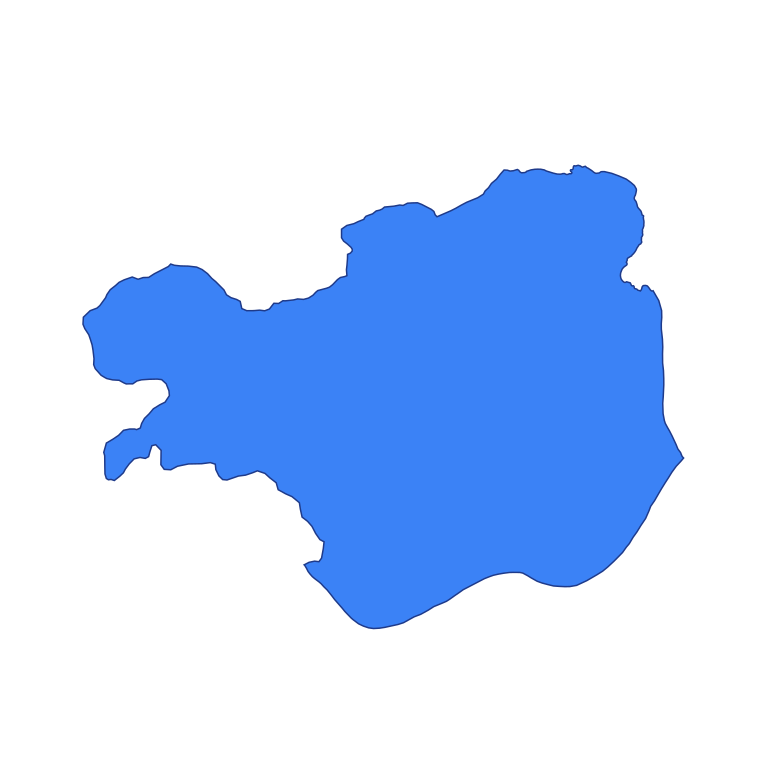 Pha Oudom, Bokeo, Laos, rotated 188°
{"feature_id": "54806243B51169476275365", "entity_name": "Pha Oudom", "entity_type": "district", "adm_level": 2, "iso_a3": "LAO", "parent_name": "Laos", "parent_adm1": "Bokeo", "projection": "natural_earth1", "projection_center": [100.874, 20.197], "detail": "fine", "context": "isolated", "style": "filled", "palette": "blue", "viewbox_px": 768, "rotation_deg": 188, "n_neighbors": 0, "source": "geoboundaries", "source_scale": "gbopen_adm2", "svg_char_len": 6142}
<svg xmlns="http://www.w3.org/2000/svg" viewBox="0 0 768 768"><g transform="rotate(188 384 384)"><path d="M637.6,250.9L632.8,255.9L629.7,259.8L628.3,263.7L625.2,269.4L621.0,275.1L615.4,277.3L610.0,277.1L607.0,279.3L606.4,284.2L605.3,290.6L601.6,292.1L595.5,287.3L593.7,273.0L589.8,268.9L583.2,269.4L577.1,273.8L566.5,277.6L553.4,279.7L545.0,282.0L539.9,281.1L538.6,275.8L534.7,270.0L530.5,266.9L526.1,267.1L515.3,272.6L508.4,274.5L501.6,277.9L497.3,280.4L489.4,278.9L484.0,275.2L477.0,271.2L474.1,264.6L466.2,261.6L459.5,259.7L451.3,254.7L449.3,248.1L446.6,240.8L440.6,237.4L435.5,233.0L430.9,226.5L425.8,221.0L421.4,219.4L421.2,212.4L421.6,202.9L423.7,199.0L428.1,198.9L433.4,197.0L437.9,193.8L437.2,193.3L435.1,190.7L433.1,187.8L431.0,185.7L428.2,183.3L425.7,181.7L421.0,179.1L418.5,177.5L415.4,174.9L411.6,172.1L406.5,167.3L402.9,163.7L394.2,156.2L391.1,153.3L383.7,147.5L381.6,146.2L375.8,143.0L370.7,141.4L365.3,140.4L360.3,140.4L354.4,141.6L349.4,143.1L336.7,147.8L331.5,150.3L321.8,157.6L315.5,161.1L308.7,166.2L303.7,170.5L296.5,174.7L291.9,177.5L289.0,180.0L284.5,184.3L279.8,188.6L277.0,191.3L273.2,194.0L257.5,205.2L253.1,207.7L249.1,209.8L244.1,211.7L239.1,213.3L233.6,214.8L230.1,215.4L223.3,216.3L220.3,216.1L214.9,214.1L211.3,212.5L204.9,210.0L199.7,208.9L194.0,208.2L188.0,207.6L182.1,208.0L176.6,208.5L171.7,209.3L165.2,211.4L155.8,217.5L146.4,224.9L141.4,229.1L137.0,233.9L131.7,240.4L127.0,246.7L124.3,250.4L121.3,256.2L118.9,260.0L116.0,266.9L113.0,272.6L110.0,279.5L106.2,287.3L103.9,295.5L102.9,300.0L99.8,306.2L96.7,313.9L94.6,319.0L91.9,325.1L89.3,330.7L86.7,336.6L83.2,343.2L79.2,348.9L77.0,352.4L78.4,353.5L79.1,354.4L80.8,357.4L83.9,360.5L86.4,364.8L91.4,372.5L94.7,377.2L97.3,380.5L100.0,384.2L101.3,386.9L103.5,393.5L105.3,403.7L105.7,410.1L106.8,422.0L107.7,428.2L109.1,436.1L111.0,443.5L112.4,452.8L113.1,459.4L114.5,467.1L117.0,476.9L117.8,482.3L118.2,488.5L119.3,495.3L123.5,504.8L130.5,513.8L130.9,513.5L131.7,513.4L132.2,513.5L132.7,513.8L133.7,514.6L134.5,515.6L136.2,517.2L136.7,517.6L137.3,517.9L138.8,518.0L139.8,517.8L140.7,517.6L141.2,517.3L141.6,516.6L141.9,516.0L142.1,514.0L142.3,513.3L142.6,512.6L143.1,511.8L143.9,512.0L145.5,512.2L145.9,512.3L146.8,513.1L147.3,513.2L149.0,513.4L149.3,513.7L149.6,514.2L149.9,515.3L150.2,515.7L150.6,515.9L150.9,516.0L151.3,515.8L151.9,515.7L152.2,515.8L152.6,516.0L153.3,517.0L154.1,518.3L154.4,518.5L156.4,518.7L157.9,519.0L159.1,518.2L159.8,518.1L160.5,518.2L161.8,519.0L163.4,520.5L164.0,521.4L164.4,522.3L165.0,524.3L165.1,526.4L165.0,527.5L164.7,528.8L164.2,530.8L163.2,532.5L162.4,533.5L160.4,535.4L160.1,535.9L160.0,536.4L160.0,536.8L160.6,538.0L161.0,538.3L160.9,538.7L160.4,540.3L160.5,540.8L160.5,541.9L160.3,542.2L160.1,542.6L157.2,545.0L156.7,545.2L156.2,546.4L155.7,547.0L155.1,547.7L153.9,549.8L153.1,551.6L152.5,553.7L151.4,556.0L150.7,557.5L149.3,558.5L148.5,560.4L149.2,562.3L149.2,563.5L149.5,565.1L149.0,565.9L148.5,567.6L148.7,568.5L149.1,569.4L149.2,571.2L149.6,572.8L149.1,574.4L148.7,576.9L148.9,577.9L149.1,580.5L149.5,582.2L149.8,582.8L150.4,585.1L150.3,586.5L150.8,586.9L151.9,587.3L153.1,590.1L153.9,591.3L155.9,593.0L157.0,594.0L157.4,594.5L157.8,595.2L158.4,596.9L159.7,599.6L160.2,600.2L160.9,600.8L161.9,602.1L162.1,602.8L162.0,603.9L161.9,604.7L161.4,605.8L161.1,608.4L161.0,610.8L161.1,611.5L161.4,612.4L163.7,615.4L167.7,618.0L172.6,620.6L180.4,622.7L187.7,624.3L195.4,625.0L198.4,624.5L198.9,624.2L199.9,623.2L200.3,622.9L202.7,622.3L203.4,622.1L204.0,622.2L205.6,622.8L207.9,624.2L210.0,625.2L211.9,626.1L213.3,626.5L214.9,627.6L216.2,627.1L217.2,626.5L217.4,626.4L218.1,626.5L218.8,626.7L219.6,627.1L220.1,627.3L222.0,627.6L222.4,627.5L224.5,626.6L225.9,626.6L226.2,626.5L226.5,626.2L226.7,625.5L226.7,623.4L227.0,622.8L227.2,622.5L228.6,622.2L228.9,622.1L229.1,621.8L229.1,621.2L228.6,620.5L227.8,620.1L227.5,619.8L227.4,619.5L227.4,619.1L227.5,618.7L228.1,618.2L229.5,618.1L229.8,618.0L230.8,617.3L231.4,617.1L232.6,616.9L233.2,617.0L234.1,617.4L234.3,617.5L234.8,617.5L236.4,617.2L237.3,616.7L238.7,616.3L239.6,616.2L241.8,616.0L245.9,616.4L252.8,617.5L255.1,618.3L258.8,618.5L261.9,618.1L264.6,617.6L268.2,616.5L272.5,614.4L273.0,613.5L274.0,613.0L277.0,612.3L278.0,612.5L279.2,613.2L280.3,614.4L281.8,615.0L285.6,613.2L288.8,612.4L291.6,612.9L294.9,612.6L297.9,608.1L301.1,602.5L305.5,597.6L307.8,592.9L310.7,589.3L312.0,585.8L317.1,581.5L327.5,575.4L332.5,571.8L337.4,568.0L342.0,564.8L354.8,557.0L356.9,558.7L358.6,561.8L361.4,563.5L371.7,567.1L376.0,568.1L381.5,567.2L385.9,566.3L389.9,563.5L393.4,563.4L398.9,561.5L408.1,559.3L410.2,557.0L412.4,555.6L415.8,554.3L419.0,550.9L422.3,549.2L425.2,547.6L425.9,546.5L426.5,545.6L426.8,544.3L432.2,541.2L436.1,538.6L442.9,535.8L447.6,531.4L446.4,522.9L443.9,519.9L439.7,517.5L435.6,514.7L434.2,513.0L434.0,511.2L435.5,508.9L438.1,507.3L437.6,502.8L437.2,496.4L437.1,491.9L435.8,486.1L437.9,484.9L442.0,483.4L444.6,480.9L448.7,475.2L451.5,472.3L454.3,470.8L462.6,467.3L464.4,465.3L466.7,462.0L470.7,458.6L475.4,456.6L481.4,456.2L485.2,454.7L493.4,452.6L495.7,452.4L499.5,449.1L504.3,448.6L506.3,445.1L507.9,442.3L512.3,439.9L517.5,439.8L523.3,438.5L530.1,437.5L535.3,438.9L537.9,445.8L541.7,447.2L547.5,448.2L552.4,450.4L555.6,454.9L565.0,462.0L569.2,464.6L574.1,468.7L580.0,472.0L585.8,473.7L594.1,473.5L602.0,472.6L608.1,472.4L611.9,473.1L613.9,470.3L626.8,461.2L631.9,456.8L637.3,455.9L642.1,453.5L648.2,454.9L655.8,451.0L660.5,447.8L663.5,444.2L668.2,439.3L670.8,434.1L671.7,430.7L676.3,422.1L678.8,419.2L685.2,415.7L691.0,408.3L690.4,401.3L688.0,397.2L683.2,391.7L681.1,387.6L678.5,382.1L676.9,377.1L674.7,368.7L674.2,362.8L672.1,359.0L665.4,353.3L661.7,351.7L659.3,350.8L653.3,350.3L646.8,350.8L641.8,348.9L639.3,348.2L635.8,348.8L632.8,349.2L629.1,352.6L624.7,354.4L617.2,356.0L609.2,357.3L604.8,357.4L599.7,353.9L596.0,347.3L594.9,342.6L598.3,335.5L603.0,332.3L608.9,327.4L612.5,321.7L616.4,316.6L618.5,311.2L619.2,306.5L622.6,304.4L624.6,304.7L629.6,304.0L635.5,301.9L639.7,296.2L644.8,291.6L650.7,286.9L652.0,277.3L650.6,274.1L649.1,264.3L647.8,256.1L645.8,251.8L643.6,250.8L641.0,251.5L637.6,250.9Z" fill="#3b82f6" stroke="#1e3a8a" stroke-width="1.5"/></g></svg>